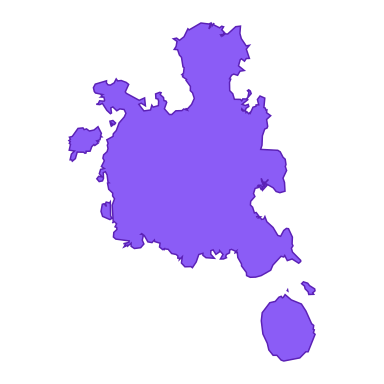 outline of Nosy-Be, Diana, Madagascar
{"feature_id": "10022922B66036521727834", "entity_name": "Nosy-Be", "entity_type": "district", "adm_level": 2, "iso_a3": "MDG", "parent_name": "Madagascar", "parent_adm1": "Diana", "projection": "orthographic", "projection_center": [48.268, -13.349], "detail": "fine", "context": "isolated", "style": "filled", "palette": "violet", "viewbox_px": 384, "rotation_deg": 0, "n_neighbors": 0, "source": "geoboundaries", "source_scale": "gbopen_adm2", "svg_char_len": 5960}
<svg xmlns="http://www.w3.org/2000/svg" viewBox="0 0 384 384"><path d="M219.6,27.8L213.6,24.8L213.9,23.1L212.1,25.9L211.6,23.9L210.4,25.1L210.3,27.1L208.9,28.9L210.6,23.2L208.9,24.0L200.9,23.0L189.1,29.9L187.9,28.8L184.0,36.8L179.5,40.3L176.6,38.1L173.4,38.8L177.0,41.4L176.1,46.4L174.2,49.4L177.6,49.7L179.4,55.0L181.5,57.4L183.0,66.9L184.1,67.6L183.5,73.1L181.8,74.7L183.0,75.2L182.6,76.7L186.6,79.5L186.0,80.3L190.4,86.4L190.3,90.6L192.5,92.8L194.3,98.4L191.6,104.4L187.7,108.7L186.4,108.7L187.4,110.2L183.7,109.0L181.9,110.6L175.8,110.8L171.8,114.5L169.4,114.5L164.4,108.8L166.7,102.4L165.9,101.0L164.0,100.6L163.5,97.5L160.2,94.6L161.1,92.7L159.8,92.3L155.6,93.9L155.9,98.5L157.9,99.0L158.6,101.1L158.4,105.6L153.1,107.1L151.8,105.2L150.5,110.0L143.9,110.9L138.8,104.3L141.2,103.2L145.4,105.8L144.6,97.9L139.2,100.3L126.3,93.3L125.3,91.9L128.7,84.4L126.2,82.4L121.2,80.5L117.7,80.9L116.2,78.9L114.2,82.8L110.4,85.1L108.0,84.8L106.4,82.9L106.5,80.8L95.3,84.1L93.4,87.7L94.3,91.5L95.5,93.0L102.4,94.5L101.2,95.0L102.1,96.2L100.8,97.0L103.9,97.2L104.6,100.2L104.0,101.2L99.6,100.8L98.3,103.5L96.3,104.3L99.8,104.6L102.4,103.4L106.8,110.3L110.4,113.7L111.5,113.0L110.8,108.0L112.8,106.9L116.8,110.8L119.8,108.9L124.1,109.5L125.9,113.3L124.3,116.9L119.1,122.9L116.3,130.5L113.3,133.8L113.0,136.4L106.8,139.8L108.1,143.3L107.3,145.2L108.0,148.4L107.1,151.6L103.6,154.9L102.9,158.2L104.3,160.8L101.4,166.5L104.3,168.5L100.6,169.4L99.3,173.7L102.3,177.0L98.7,176.3L96.8,178.8L99.2,181.6L102.5,180.9L103.5,178.4L103.3,172.6L105.4,171.7L107.1,175.0L108.0,182.1L109.0,182.8L107.5,183.1L108.7,189.3L112.7,193.1L112.6,195.9L114.5,198.8L112.2,205.1L113.2,221.9L112.4,223.1L114.1,221.5L116.6,223.8L115.0,226.8L116.7,227.5L116.9,229.5L113.8,232.4L113.4,237.0L115.8,239.1L129.2,240.9L128.8,242.4L123.4,243.7L125.9,243.7L124.0,246.9L127.5,245.3L127.7,246.1L131.1,243.2L131.1,246.3L134.4,248.5L140.7,247.7L143.9,244.0L142.3,240.2L143.2,236.0L142.6,234.3L141.0,234.2L141.7,233.6L144.3,235.6L147.9,241.9L152.0,242.6L154.4,240.0L154.8,241.6L160.1,243.2L159.5,247.0L162.6,249.6L164.2,248.8L163.8,250.3L164.6,248.9L168.2,249.3L171.6,253.5L176.2,254.5L177.9,256.0L177.8,258.1L179.6,258.3L179.4,259.6L182.3,256.7L181.4,263.0L184.9,266.8L191.0,266.6L192.4,267.7L196.2,262.0L198.8,254.5L202.9,253.3L202.9,255.3L206.0,257.7L214.4,258.3L210.8,254.2L210.8,250.7L213.1,249.8L215.9,254.4L219.5,251.9L219.6,250.6L223.0,254.4L220.4,259.0L223.4,259.0L226.5,257.7L225.7,256.3L226.4,254.5L229.5,252.9L229.7,250.0L231.5,249.4L235.5,251.2L235.1,252.8L235.5,252.6L236.3,251.0L236.6,250.8L235.9,252.3L236.9,252.9L236.6,251.6L237.3,252.4L237.8,257.5L241.5,264.0L241.5,265.9L246.4,272.5L246.6,275.6L250.2,277.3L255.7,277.1L261.2,275.6L270.7,270.2L272.9,265.1L281.0,256.3L283.7,257.0L284.7,255.5L287.3,260.6L292.1,259.0L298.7,263.2L300.7,261.5L300.7,260.4L292.5,252.1L291.4,248.2L293.0,245.8L292.1,243.9L292.4,237.1L288.5,228.7L286.4,228.4L283.7,230.5L280.6,236.3L277.8,235.4L273.1,227.5L266.8,221.7L264.9,216.6L263.7,219.0L261.5,219.4L260.5,217.7L259.2,217.8L260.4,216.9L256.0,216.8L259.0,216.3L256.2,212.5L254.4,212.9L252.6,207.2L250.4,205.0L250.7,201.3L254.9,196.5L253.5,193.6L255.1,188.4L258.2,187.6L258.7,186.4L257.6,186.1L258.3,185.2L260.8,185.3L259.4,186.5L261.3,189.6L262.3,188.9L261.9,186.6L264.3,186.0L263.2,184.6L261.7,181.2L261.2,178.3L264.8,185.8L262.5,187.5L262.7,190.1L266.8,185.6L264.4,182.2L266.0,182.1L267.5,180.2L268.5,179.5L265.1,183.2L273.2,187.8L276.1,191.5L279.9,192.7L285.0,191.2L284.5,182.4L283.0,178.1L286.6,170.5L285.3,166.5L286.0,164.5L285.2,159.2L283.0,157.2L280.2,151.8L277.8,150.3L260.7,149.4L262.0,145.2L262.4,135.8L264.7,129.1L267.1,128.0L267.7,126.3L266.6,119.5L270.7,115.7L266.6,112.7L266.9,109.9L266.0,110.2L265.3,108.1L263.9,107.5L264.8,98.1L260.0,96.0L257.4,99.5L258.7,104.8L256.1,104.9L255.9,106.3L253.0,107.2L249.8,114.2L250.1,112.4L248.7,113.7L246.9,111.8L246.0,112.6L245.6,110.9L242.8,111.0L241.6,109.8L241.8,108.8L243.2,110.3L245.3,110.5L246.1,108.3L248.8,106.5L248.2,104.4L245.2,105.5L242.1,104.3L247.8,99.7L247.0,98.5L251.2,93.6L250.3,91.0L248.7,89.8L247.5,90.7L248.9,92.2L247.8,97.4L246.3,99.0L242.8,98.9L241.7,100.8L240.4,99.4L234.4,99.3L232.8,93.8L229.7,90.6L229.5,82.2L230.7,79.2L229.5,78.8L231.6,75.2L233.7,74.1L237.6,75.3L240.0,71.2L244.3,70.5L238.5,65.8L240.2,59.8L241.4,58.8L244.5,61.2L246.3,58.5L249.4,58.4L246.3,49.1L249.4,45.3L246.2,45.9L241.3,38.6L239.9,33.4L240.5,26.1L235.7,26.7L227.7,34.0L224.9,33.9L223.1,35.5L222.3,35.8L222.0,35.5L222.1,34.8L220.7,34.9L221.2,35.5L221.1,35.8L220.6,34.9L221.9,34.6L222.7,35.6L223.8,33.2L224.9,33.1L221.8,29.8L223.6,26.8L221.7,26.2L219.6,27.8ZM291.3,299.9L285.1,294.6L283.3,297.4L282.3,297.8L281.2,296.3L278.9,297.2L275.3,301.4L269.8,302.7L262.2,312.7L261.3,320.8L262.9,334.0L267.3,343.3L268.8,349.9L273.1,355.3L276.9,355.3L281.1,360.1L283.8,361.0L299.8,357.9L305.8,351.8L308.1,351.8L315.1,334.3L313.4,332.8L314.3,329.8L313.2,329.3L313.7,325.4L311.6,323.7L305.9,311.0L301.4,304.0L291.3,299.9ZM101.4,133.4L98.0,126.7L94.0,130.0L89.4,131.0L86.5,128.9L84.1,129.6L83.0,127.9L78.0,128.4L72.3,136.4L69.4,137.2L70.4,139.3L68.9,140.6L70.3,141.6L69.3,143.3L70.5,144.3L69.2,150.2L74.5,151.0L71.4,154.1L70.1,159.8L71.7,159.9L72.3,161.2L75.4,158.6L77.2,152.1L83.5,152.2L85.0,153.3L86.1,152.9L86.1,151.3L90.1,151.2L91.8,146.6L93.9,144.6L94.8,145.5L98.2,143.1L96.9,141.0L98.7,141.4L98.2,140.4L100.0,139.7L100.6,136.8L101.8,136.8L100.6,135.5L101.4,133.4ZM110.6,215.7L110.3,201.8L109.5,202.9L106.2,202.1L105.5,203.6L106.5,206.5L104.1,203.7L102.3,204.3L101.0,211.4L102.6,216.4L110.0,219.6L111.8,218.4L110.6,215.7ZM309.5,285.6L307.7,283.2L303.4,281.8L301.6,283.7L304.5,286.1L305.1,288.8L308.1,291.8L308.8,294.5L313.7,294.3L312.7,292.8L315.0,290.8L314.7,288.9L309.5,285.6ZM112.9,120.5L109.9,121.2L110.5,123.8L111.2,122.9L112.4,123.9L110.9,125.0L111.3,126.2L112.9,125.1L112.6,124.0L114.5,124.5L115.6,123.0L112.9,120.5ZM287.2,290.6L287.8,291.0L287.6,289.9L287.2,290.6Z" fill="#8b5cf6" stroke="#5b21b6" stroke-width="1.5"/></svg>